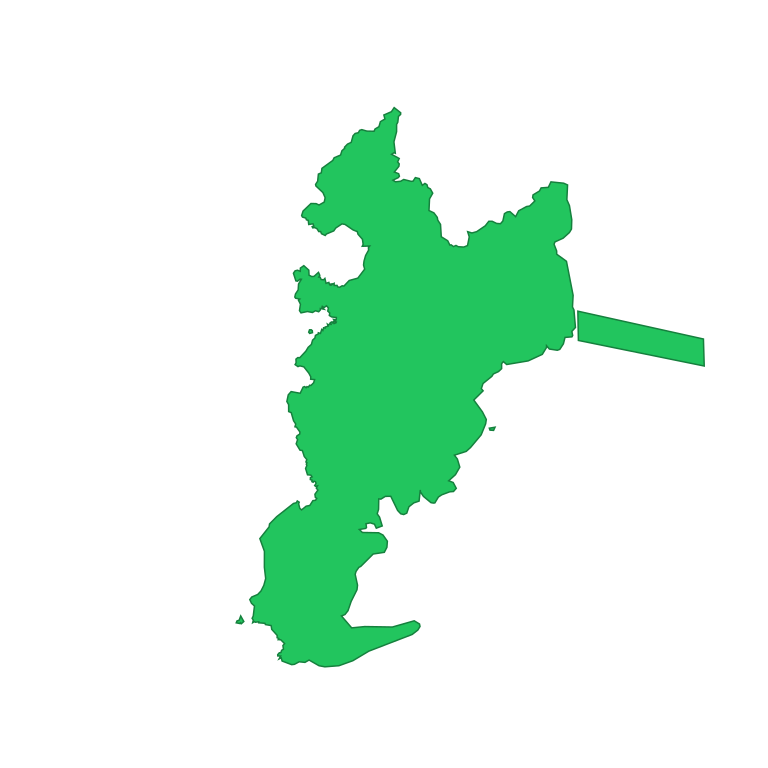 Tailevu, Central, Fiji, rotated 48°
{"feature_id": "14151628B48978228339800", "entity_name": "Tailevu", "entity_type": "district", "adm_level": 2, "iso_a3": "FJI", "parent_name": "Fiji", "parent_adm1": "Central", "projection": "mercator", "projection_center": [178.445, -17.83], "detail": "fine", "context": "isolated", "style": "filled", "palette": "green", "viewbox_px": 768, "rotation_deg": 48, "n_neighbors": 0, "source": "geoboundaries", "source_scale": "gbopen_adm2", "svg_char_len": 6174}
<svg xmlns="http://www.w3.org/2000/svg" viewBox="0 0 768 768"><g transform="rotate(48 384 384)"><path d="M179.2,232.4L180.1,234.9L178.5,237.8L178.8,240.9L182.5,246.7L181.3,250.6L181.6,254.9L182.5,255.4L182.5,259.2L184.8,263.1L182.5,269.6L183.6,272.5L182.2,285.8L185.1,289.3L184.1,292.3L188.9,297.6L189.9,301.3L191.3,302.1L200.9,301.3L206.2,303.1L208.8,306.7L207.5,312.5L204.5,313.8L201.0,317.5L201.3,328.4L203.7,332.5L205.4,332.9L208.4,331.1L210.1,331.8L211.7,330.8L215.1,333.2L217.4,329.6L219.7,330.5L219.0,332.1L220.2,332.5L221.6,330.7L223.8,329.9L227.1,330.5L228.3,329.1L230.5,329.9L234.3,328.3L234.0,326.4L236.6,318.9L235.8,315.4L236.9,308.1L239.3,306.2L248.8,303.9L252.9,301.9L255.3,303.1L262.0,303.2L266.2,306.0L267.1,308.0L271.9,302.3L272.2,304.3L274.2,305.9L276.2,311.7L279.3,316.6L281.9,319.6L285.7,321.5L287.8,332.6L283.8,340.6L284.4,348.3L283.0,349.4L282.4,352.3L280.9,353.4L279.3,352.9L277.5,355.1L275.8,353.7L275.1,357.4L274.5,357.7L274.3,356.4L273.4,357.8L271.6,357.0L270.4,359.7L266.0,357.3L266.1,359.2L264.3,360.8L261.9,360.0L260.9,360.9L260.3,359.0L257.2,358.0L257.2,364.0L255.8,365.8L253.0,366.9L249.1,363.7L242.4,364.4L241.9,368.6L244.2,370.8L241.5,372.2L240.4,374.4L241.1,377.2L248.4,380.5L249.7,379.5L249.9,376.2L250.9,375.3L252.5,380.6L256.6,384.8L257.9,389.6L259.7,392.1L261.1,392.3L264.5,389.8L264.5,391.5L268.8,392.7L272.9,397.7L275.6,398.1L278.9,392.4L283.0,389.3L283.7,385.9L286.6,384.2L286.4,381.8L285.3,380.8L288.2,378.6L285.6,378.9L285.0,377.9L287.1,377.4L287.4,374.4L290.2,374.4L292.2,377.0L294.9,376.8L296.5,378.8L299.2,378.0L302.7,374.9L304.3,376.5L302.2,378.3L303.8,378.7L305.0,377.6L304.3,379.0L306.0,377.9L306.4,378.7L305.7,380.6L304.6,380.0L304.5,381.2L302.9,381.3L302.5,382.8L305.0,383.6L302.9,383.6L303.1,385.7L301.8,386.0L303.6,386.9L302.3,389.6L303.0,390.3L301.8,391.3L303.3,393.7L301.8,393.8L303.9,397.4L302.0,398.5L302.8,399.4L302.0,402.4L303.6,404.6L303.6,407.7L306.0,411.5L306.0,415.8L307.3,420.1L308.1,429.0L306.7,430.4L306.6,432.8L309.4,435.1L310.1,437.1L313.5,436.3L314.2,434.4L317.6,432.1L325.6,432.6L329.6,433.6L331.4,435.3L334.3,432.6L336.0,435.5L336.2,439.3L335.2,440.0L335.6,442.4L334.4,443.0L334.6,444.4L332.8,444.7L332.2,446.2L334.8,452.5L327.5,458.1L328.0,462.4L332.0,467.9L335.5,468.7L340.7,473.3L343.2,472.1L350.8,475.8L354.7,476.4L356.2,478.8L357.5,477.9L363.4,478.6L364.8,480.1L364.3,483.4L365.2,485.1L367.5,485.4L369.7,489.3L377.0,490.7L378.8,489.2L384.6,491.8L388.5,491.9L389.7,494.2L391.0,494.0L391.6,495.4L392.9,495.8L394.3,498.8L400.3,501.6L402.8,499.3L404.9,499.6L404.3,501.3L405.7,502.7L407.4,501.8L408.3,502.9L409.6,502.4L409.5,501.0L410.8,500.3L412.4,501.0L413.1,503.5L414.3,503.3L415.2,501.6L416.1,504.0L418.6,504.1L419.7,509.1L422.3,510.9L424.0,510.5L424.6,512.7L423.1,514.9L424.6,520.4L422.7,523.6L422.4,529.5L420.1,529.8L415.9,527.6L415.1,526.1L412.9,526.7L413.6,528.6L412.2,531.2L410.8,552.5L411.4,562.7L413.3,565.0L415.8,579.7L428.3,584.8L440.1,595.5L449.4,602.1L453.2,608.0L455.5,613.9L455.9,618.7L453.8,624.8L454.4,628.0L458.3,629.2L462.3,628.8L469.0,636.5L469.9,638.8L472.0,639.1L473.5,641.3L473.9,639.2L474.9,639.1L476.9,636.2L477.6,636.9L482.2,632.6L483.4,633.1L488.0,629.5L491.2,631.6L499.4,631.6L501.0,633.2L502.7,632.5L503.2,633.7L504.9,631.9L510.4,631.6L510.7,634.1L513.8,636.2L513.4,638.3L514.6,640.3L513.7,641.7L514.0,644.1L515.0,644.9L517.0,642.8L518.1,645.9L518.7,643.6L521.7,645.1L530.8,640.4L532.4,638.1L533.7,632.9L538.0,629.0L539.0,624.4L549.9,620.8L554.6,617.2L563.2,606.0L568.8,592.3L572.4,574.0L589.0,530.6L589.5,523.5L588.3,519.5L586.1,518.2L580.2,520.0L570.2,540.4L551.4,560.6L543.6,571.2L527.9,570.8L529.2,567.3L528.4,562.5L523.6,553.9L518.8,541.7L515.8,538.3L506.2,532.8L504.6,530.3L503.4,525.4L504.0,523.3L503.1,505.8L509.3,496.4L507.3,491.1L503.1,486.7L495.6,485.8L491.0,487.5L479.9,499.4L475.6,499.7L479.1,494.2L478.9,493.0L475.8,490.9L478.0,487.1L481.8,484.9L486.0,486.2L488.3,480.3L480.0,476.4L475.9,475.9L473.5,471.9L465.9,464.8L467.5,463.3L468.4,458.2L472.0,454.1L487.1,458.5L491.7,458.4L494.2,456.7L495.2,453.5L491.9,447.6L492.3,441.4L494.5,436.3L487.0,427.9L488.4,429.1L493.9,429.9L503.6,428.5L505.5,427.0L506.4,425.8L504.4,419.2L505.0,415.2L508.1,407.3L510.4,404.3L509.9,400.1L503.5,398.5L499.2,400.7L499.2,391.6L496.5,383.3L488.9,379.7L484.0,379.3L489.1,368.0L489.1,362.1L486.8,345.8L481.6,335.1L478.8,331.7L470.6,329.5L456.0,328.0L455.4,314.9L452.6,314.8L449.9,310.1L450.5,298.7L449.7,296.0L451.4,290.6L451.3,286.3L447.6,283.0L447.2,280.3L451.6,279.8L463.3,261.4L467.9,246.5L465.6,238.8L464.3,237.6L468.7,237.7L474.9,232.6L475.9,230.2L474.2,223.8L470.5,218.3L474.7,212.8L474.2,211.3L470.6,209.2L470.1,203.9L456.1,193.3L452.9,192.4L444.6,184.1L414.9,166.3L403.1,168.8L400.7,166.7L393.9,164.1L392.8,161.9L395.5,153.3L395.5,144.9L394.3,141.0L387.5,134.5L375.5,126.8L369.4,124.8L358.9,114.4L355.0,116.1L345.5,124.7L347.8,130.3L343.4,136.0L344.6,139.3L343.2,146.7L344.9,148.8L348.9,149.4L349.2,156.7L347.5,159.3L345.4,168.0L347.7,174.2L340.1,175.1L338.6,177.3L338.0,180.5L342.4,186.6L342.8,190.2L340.0,192.9L335.5,194.7L333.2,197.2L334.2,202.9L332.8,213.2L330.6,217.6L326.8,219.9L331.7,222.2L337.0,229.3L335.6,233.1L331.6,237.0L329.2,237.8L328.4,240.4L325.5,241.0L324.8,242.1L320.2,240.8L312.9,242.9L303.2,235.2L298.2,234.4L295.8,232.9L290.2,232.4L285.2,234.5L276.9,226.3L274.8,220.1L270.0,219.0L267.3,220.0L264.6,218.7L262.3,219.4L262.0,222.6L255.0,220.3L251.6,222.6L252.7,226.7L251.6,228.2L245.2,232.5L244.5,235.9L241.4,240.2L238.5,241.0L240.2,235.3L239.9,233.5L237.5,232.4L233.4,234.5L232.2,227.3L230.6,225.4L228.1,225.3L226.6,221.8L218.4,224.7L218.8,221.8L220.1,221.2L210.7,214.6L204.9,205.8L199.5,200.9L198.7,198.6L194.8,194.2L194.8,191.3L193.6,190.1L185.4,191.5L186.6,196.3L184.0,204.1L187.7,206.0L186.6,211.1L189.4,215.6L188.5,220.0L189.5,222.3L184.6,227.5L180.1,230.3L179.2,232.4ZM584.9,134.0L564.3,116.5L459.6,191.2L481.7,210.4L584.9,134.0ZM462.6,653.6L465.7,651.3L465.3,650.5L466.7,650.4L466.7,647.1L460.5,645.7L462.6,649.7L461.7,651.8L462.6,653.6ZM489.2,336.1L491.8,333.6L490.4,330.4L487.3,335.3L489.2,336.1ZM296.7,405.4L298.0,402.8L296.4,401.6L295.0,401.8L293.9,403.1L295.1,405.3L296.7,405.4Z" fill="#22c55e" stroke="#15803d" stroke-width="1.5"/></g></svg>